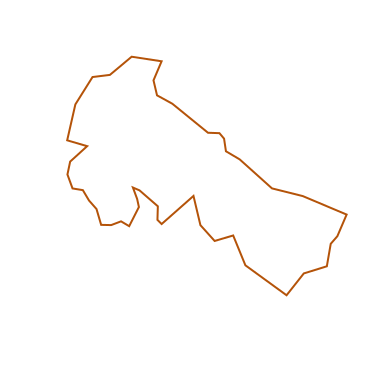 the district of Zinder, Zinder, Niger, rotated 311°
{"feature_id": "23599985B17840081467963", "entity_name": "Zinder", "entity_type": "district", "adm_level": 2, "iso_a3": "NER", "parent_name": "Niger", "parent_adm1": "Zinder", "projection": "natural_earth1", "projection_center": [8.977, 13.754], "detail": "fine", "context": "isolated", "style": "outline", "palette": "amber", "viewbox_px": 384, "rotation_deg": 311, "n_neighbors": 0, "source": "geoboundaries", "source_scale": "gbopen_adm2", "svg_char_len": 719}
<svg xmlns="http://www.w3.org/2000/svg" viewBox="0 0 384 384"><g transform="rotate(311 192 192)"><path d="M125.0,167.0L145.8,161.8L150.8,155.1L156.6,144.5L158.8,151.3L158.8,175.6L148.3,184.2L147.9,190.1L190.0,195.7L172.5,220.1L169.9,241.2L186.2,251.6L179.0,265.9L171.7,280.4L176.1,331.1L203.9,329.8L224.4,342.5L243.9,330.7L254.0,330.7L276.4,323.5L261.6,278.3L247.2,250.0L247.9,206.6L245.0,190.9L253.3,181.2L254.4,174.1L247.2,165.2L245.7,119.2L242.0,102.2L251.0,89.7L270.7,83.3L254.5,57.7L226.5,53.2L213.5,41.5L181.6,46.5L149.1,63.9L157.8,82.8L135.0,80.1L123.5,86.5L116.3,99.5L121.8,108.4L118.0,119.9L116.5,131.1L107.6,145.0L114.0,152.7L123.3,157.7L125.0,167.0Z" fill="none" stroke="#b45309" stroke-width="2"/></g></svg>